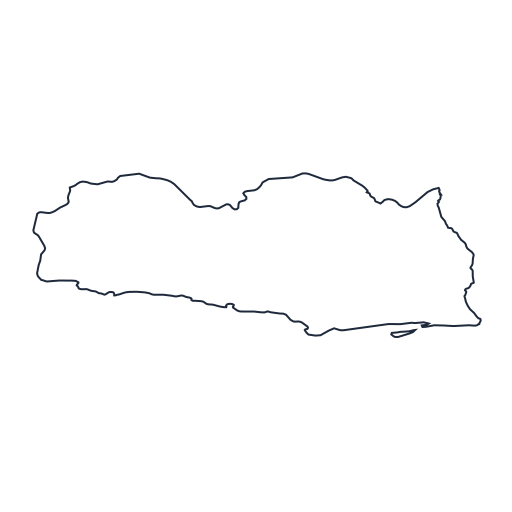 an SVG outline of Namibe, rotated 267°
{"feature_id": "AGO-1893", "entity_name": "Namibe", "entity_type": "Province", "adm_level": 1, "iso_a3": "AGO", "parent_name": "Angola", "parent_adm1": "", "projection": "equal_earth", "projection_center": [12.66, -15.394], "detail": "fine", "context": "isolated", "style": "outline", "palette": "slate", "viewbox_px": 512, "rotation_deg": 267, "n_neighbors": 0, "source": "natural_earth", "source_scale": "10m", "svg_char_len": 4640}
<svg xmlns="http://www.w3.org/2000/svg" viewBox="0 0 512 512"><g transform="rotate(267 256 256)"><path d="M300.4,441.5L298.7,440.0L296.8,440.1L294.8,441.0L285.4,443.1L280.8,446.6L278.1,447.4L276.4,448.5L274.3,449.2L273.9,450.4L273.7,451.7L273.4,452.8L272.6,453.4L271.1,454.1L270.4,454.4L269.6,455.3L268.9,457.1L268.3,458.0L265.3,459.2L261.4,461.7L258.4,465.0L256.7,466.1L254.5,466.5L252.4,467.5L248.5,471.9L246.3,473.3L245.2,473.4L242.1,472.5L237.0,471.9L235.4,471.2L233.3,469.6L232.4,469.7L231.2,471.0L229.9,471.6L224.3,471.4L218.0,472.1L217.7,471.7L217.4,470.6L217.0,469.4L216.2,469.0L215.3,468.7L214.3,468.0L213.4,467.2L212.9,466.5L212.6,465.6L212.4,464.7L212.2,463.9L211.7,463.3L210.9,462.9L210.4,463.2L210.0,463.8L209.0,464.1L206.0,462.9L205.1,462.1L204.5,462.1L203.9,462.3L203.3,462.5L199.3,463.2L195.3,464.8L191.7,466.9L187.6,470.9L184.0,473.2L182.4,474.6L181.9,475.5L181.7,476.3L181.3,476.8L180.0,477.0L179.0,476.7L177.5,475.7L176.3,475.4L176.3,474.5L175.6,473.8L175.2,472.7L175.0,471.2L175.1,469.7L175.7,465.1L175.7,449.6L176.8,439.5L177.5,430.4L176.4,422.0L176.4,418.5L178.0,417.9L178.4,422.9L179.5,425.0L181.0,420.0L180.7,411.0L181.2,408.0L180.4,396.8L181.1,384.5L177.3,339.8L177.3,337.5L177.7,335.6L179.7,330.2L177.7,324.8L173.5,316.3L173.4,311.2L174.8,304.3L175.8,303.3L177.7,301.8L179.5,300.8L180.2,301.5L180.6,303.6L181.6,304.2L182.9,303.7L187.3,298.2L188.1,296.4L188.4,294.8L188.4,291.5L188.7,289.9L190.5,287.1L195.8,282.9L197.0,280.2L197.3,276.8L199.0,267.9L200.1,264.7L199.2,261.6L199.5,258.1L200.6,251.4L201.4,237.6L201.9,235.8L202.7,234.2L205.7,230.4L206.4,230.2L207.7,231.2L208.4,231.2L209.2,229.9L209.6,228.0L209.6,225.9L209.0,224.3L207.7,223.4L206.8,223.8L206.4,223.6L206.6,221.1L207.4,217.4L209.7,210.3L210.2,206.1L210.6,204.5L211.4,203.2L212.4,202.0L213.2,200.8L213.7,199.2L214.5,192.7L214.5,191.2L214.7,190.3L215.4,189.2L215.9,189.2L216.5,189.4L217.1,189.1L217.9,187.6L218.7,184.3L220.4,180.5L220.4,178.4L220.0,176.3L219.8,174.1L220.0,172.6L220.7,169.9L222.2,161.3L222.7,151.8L223.1,150.2L224.5,147.2L225.5,143.0L226.5,135.2L226.8,127.6L226.5,123.7L225.5,119.8L224.9,117.8L224.7,117.0L224.6,115.7L224.5,115.1L224.1,114.0L224.0,113.3L224.1,112.4L224.4,112.5L224.8,112.7L225.6,112.3L226.7,112.0L227.1,111.7L227.4,110.8L227.6,109.7L227.7,108.6L227.6,107.6L226.9,105.9L225.8,104.3L225.3,102.6L226.7,99.6L227.1,97.1L228.9,94.3L229.3,92.6L229.6,90.8L230.1,89.0L231.5,86.0L231.8,84.8L231.9,80.6L232.2,78.8L232.9,77.3L235.0,76.5L235.5,75.9L236.0,75.4L236.7,75.6L237.9,76.8L238.5,77.3L239.1,77.2L240.6,74.6L241.1,70.4L241.8,58.0L241.5,46.3L241.7,44.9L243.0,41.8L243.3,40.4L246.2,37.9L247.8,36.9L250.3,36.5L258.3,38.5L262.7,40.3L268.9,41.5L272.7,45.1L274.8,45.8L277.3,45.1L286.8,40.2L288.3,39.1L289.7,37.1L291.0,35.5L293.3,35.0L309.7,39.8L310.9,41.8L311.0,43.9L310.0,49.2L309.7,52.0L310.3,54.6L311.4,57.4L314.6,62.9L316.9,68.5L318.1,70.6L319.8,71.8L324.1,71.2L326.8,72.0L330.0,73.5L331.4,73.9L334.1,73.6L335.3,77.5L336.2,79.5L337.6,81.5L338.9,84.0L339.4,86.7L338.9,89.8L338.5,91.4L337.0,94.8L335.9,101.5L338.2,111.8L337.6,115.9L338.0,118.1L339.7,121.1L341.4,122.3L343.0,124.6L344.3,143.6L339.8,154.2L338.8,160.7L338.6,163.5L338.0,166.2L336.2,171.7L334.6,174.8L332.1,178.1L315.8,192.9L314.0,194.8L312.4,195.4L310.4,196.6L308.7,199.1L307.8,202.4L308.4,210.9L308.2,212.9L306.1,217.2L305.6,218.9L305.6,221.3L309.1,229.0L309.1,230.9L308.3,232.6L305.0,235.1L303.7,237.1L303.7,239.2L305.0,240.8L309.0,241.3L310.8,242.3L311.6,244.9L312.1,247.6L313.6,249.4L315.4,249.4L317.4,247.6L319.3,246.6L320.8,248.3L321.3,250.7L321.7,257.8L322.7,260.6L324.4,262.8L326.2,264.6L329.2,266.5L332.2,272.7L332.6,296.6L336.0,306.8L335.9,310.0L335.2,312.9L329.1,327.3L328.3,330.3L327.6,333.7L327.5,336.5L327.9,339.0L330.0,346.1L330.4,349.9L328.9,354.8L328.4,355.5L328.1,355.9L326.4,357.3L320.6,365.9L318.3,368.4L315.5,370.7L315.0,370.9L314.6,370.9L314.4,370.5L314.1,370.1L313.8,369.9L312.7,372.4L312.2,372.8L311.5,373.0L310.9,373.1L310.0,373.5L309.4,374.0L307.7,376.8L306.9,377.3L306.1,377.6L305.1,377.8L304.5,378.1L304.1,378.5L303.9,379.0L303.3,380.4L301.9,383.1L303.6,385.5L304.4,386.3L305.1,387.2L305.5,388.5L305.9,391.1L305.1,394.9L303.7,397.8L301.8,400.0L299.9,401.4L298.2,403.6L297.1,406.0L296.8,408.9L297.7,412.1L301.4,418.1L310.9,430.7L313.3,436.3L314.4,442.0L312.3,442.8L311.7,442.7L311.2,442.2L309.8,442.6L307.6,444.0L307.6,443.1L306.7,443.6L305.6,443.5L303.7,443.1L302.7,442.5L302.2,441.4L301.5,440.7L300.4,441.5ZM172.7,400.9L172.8,405.3L173.7,409.6L173.8,411.1L171.8,408.7L170.6,405.2L167.7,393.7L167.9,390.4L168.8,389.0L170.6,387.0L172.1,387.6L172.3,393.4L172.7,396.0L172.7,400.9Z" fill="none" stroke="#1e293b" stroke-width="2"/></g></svg>